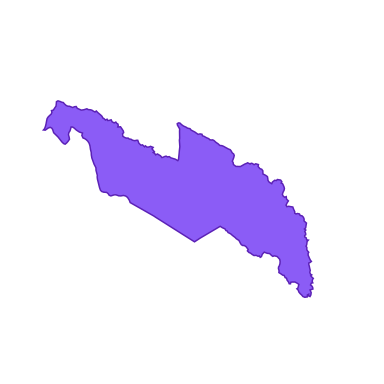 the district of Vila Boa, Goiás, Brazil, rotated 141°
{"feature_id": "56859067B63522642700520", "entity_name": "Vila Boa", "entity_type": "district", "adm_level": 2, "iso_a3": "BRA", "parent_name": "Brazil", "parent_adm1": "Goiás", "projection": "robinson", "projection_center": [-47.073, -14.994], "detail": "fine", "context": "isolated", "style": "filled", "palette": "violet", "viewbox_px": 384, "rotation_deg": 141, "n_neighbors": 0, "source": "geoboundaries", "source_scale": "gbopen_adm2", "svg_char_len": 4800}
<svg xmlns="http://www.w3.org/2000/svg" viewBox="0 0 384 384"><g transform="rotate(141 192 192)"><path d="M246.7,222.7L236.8,197.4L236.1,195.1L232.3,183.9L224.8,161.7L221.4,151.7L214.5,151.0L191.7,147.6L190.9,145.2L189.6,142.6L189.9,140.7L189.2,139.6L189.5,137.8L188.3,135.2L187.9,132.8L187.1,129.5L187.0,127.9L186.0,124.8L186.4,122.8L186.7,121.4L186.8,119.9L186.2,118.4L185.1,117.6L184.4,115.6L184.5,112.0L186.0,111.4L185.8,109.1L185.0,107.7L184.5,105.5L183.8,103.6L182.0,102.4L181.1,100.5L179.9,99.9L180.1,98.3L178.7,98.1L176.5,99.4L173.7,99.8L173.0,98.5L172.1,97.0L170.4,95.3L170.1,92.5L169.7,91.1L168.2,90.6L167.4,89.6L166.4,88.2L166.2,84.5L167.2,82.6L168.8,80.9L170.8,79.6L172.0,79.2L173.1,78.0L173.9,76.0L175.2,74.7L174.5,72.7L173.8,70.2L172.9,69.2L173.5,66.8L172.8,65.6L173.6,63.5L173.6,61.6L174.2,59.5L173.2,58.7L172.1,59.7L170.8,59.0L168.6,57.2L167.7,55.0L167.1,53.0L168.4,52.0L170.1,50.7L171.4,50.8L171.2,48.9L171.9,47.0L171.9,44.9L171.6,42.9L171.6,41.0L170.6,39.2L168.4,37.9L167.1,39.4L165.7,39.1L166.8,37.9L166.1,36.5L164.4,37.2L162.7,38.8L161.9,41.6L159.1,40.5L158.2,42.0L158.0,43.6L158.4,45.2L156.6,46.1L155.3,45.4L154.8,47.0L153.4,48.1L152.1,48.5L152.4,50.5L152.4,52.2L151.1,52.2L151.6,53.7L151.0,55.5L149.4,56.7L148.5,58.7L147.5,60.6L146.8,62.2L146.0,63.3L144.5,62.9L142.9,62.9L142.9,64.5L142.5,66.3L141.5,69.8L140.3,71.3L139.2,71.7L139.3,73.3L139.1,74.9L137.6,76.7L137.5,78.1L136.1,78.8L133.7,81.1L131.9,81.4L133.0,82.7L132.1,84.5L132.7,86.2L131.8,87.3L130.5,87.2L129.6,88.5L129.2,90.4L127.5,90.8L127.9,92.5L126.2,92.6L123.8,94.8L122.6,95.8L122.9,97.5L123.1,99.1L121.9,100.4L121.3,102.3L121.5,104.3L122.7,105.7L122.3,107.3L123.5,108.9L125.0,109.5L125.5,110.9L124.5,112.1L123.9,114.6L123.1,116.9L125.9,120.1L127.5,120.9L127.2,122.6L124.7,123.8L122.7,124.4L123.0,127.0L121.7,129.1L123.3,129.6L123.7,131.6L123.3,133.2L121.8,134.3L119.4,135.4L118.0,136.5L117.3,138.0L116.7,140.1L116.4,141.6L117.1,142.8L115.7,143.5L115.6,145.5L117.8,148.0L119.2,147.8L120.4,149.1L123.2,149.1L124.8,148.3L125.8,150.9L125.7,153.1L124.3,155.3L123.7,156.5L124.3,158.7L125.5,161.3L124.6,162.6L123.6,163.9L123.5,165.8L124.5,167.4L124.6,170.2L123.1,171.5L124.7,173.8L126.6,174.2L127.1,176.1L127.9,177.1L129.2,177.2L130.4,179.7L131.6,179.9L133.4,180.5L138.3,181.3L139.7,182.5L141.8,184.3L142.5,187.3L141.5,189.0L141.3,190.5L138.0,192.4L136.2,193.8L135.7,195.3L136.1,197.1L135.7,199.4L135.7,200.9L136.6,202.4L138.0,205.8L138.8,207.8L139.6,209.2L141.1,210.7L141.4,213.2L142.1,215.3L142.5,218.1L143.1,219.5L144.2,220.2L145.3,221.4L145.4,222.9L146.6,225.1L147.6,227.7L148.5,229.1L147.9,230.6L149.2,232.1L151.0,233.0L152.0,236.7L152.6,238.1L153.7,240.6L153.7,242.5L155.3,244.4L155.8,246.1L157.1,248.6L157.7,250.9L158.0,253.2L159.0,254.2L160.5,254.4L161.2,253.2L161.9,248.8L163.5,247.0L165.7,244.2L167.8,241.5L169.2,240.2L173.0,234.8L175.8,232.1L177.7,230.1L182.0,225.8L183.3,225.3L184.3,228.0L185.8,230.2L186.9,231.8L187.4,233.8L189.0,234.7L189.6,236.2L191.3,236.9L192.6,237.2L193.7,237.7L193.7,240.0L194.3,241.6L194.9,243.3L196.9,243.8L196.7,245.6L197.3,247.0L195.9,246.9L195.9,250.7L194.1,251.1L195.5,253.6L197.2,254.1L198.7,255.2L199.2,257.2L200.4,257.0L200.8,259.8L202.2,260.5L202.6,263.3L201.6,266.3L202.7,267.2L204.1,267.8L205.6,269.6L206.2,271.4L207.4,272.6L207.7,274.1L209.0,275.1L209.8,276.3L210.7,278.8L209.3,281.0L207.8,281.1L207.0,282.6L206.7,285.1L206.5,287.7L207.6,288.4L208.7,289.3L207.4,290.2L206.8,291.4L207.3,292.9L207.2,294.3L209.0,294.7L209.9,296.8L209.4,299.0L211.4,299.8L212.5,300.6L212.2,302.0L214.0,302.4L214.2,304.4L214.7,305.7L214.3,307.5L214.5,309.3L214.9,311.3L215.2,312.9L215.4,315.2L217.0,315.2L217.7,316.7L218.2,318.3L218.9,319.5L220.9,321.5L221.3,322.8L224.3,324.0L226.5,325.3L228.5,329.2L228.2,331.3L229.6,332.2L231.6,332.8L233.2,335.7L234.6,336.9L235.4,338.7L235.7,340.9L235.7,342.5L236.7,343.7L237.5,345.3L238.8,347.2L240.5,347.5L242.3,345.6L243.7,344.3L246.5,343.5L248.1,342.9L250.0,343.7L250.7,342.1L252.5,341.1L253.8,341.1L256.3,340.9L258.3,340.3L260.1,338.9L262.4,336.9L264.5,335.3L266.7,334.0L268.4,333.7L267.1,332.4L263.5,332.2L261.5,331.5L260.8,329.9L261.0,328.2L262.2,325.1L261.5,319.1L261.6,312.6L261.3,310.4L260.5,309.0L258.6,309.0L256.4,309.4L254.0,310.1L252.9,312.1L252.0,314.2L250.3,315.7L248.8,316.1L247.7,316.7L246.3,317.7L245.1,318.6L243.9,317.6L243.3,315.7L242.9,312.9L241.8,309.5L240.0,306.7L242.0,305.3L242.7,302.6L241.8,301.0L241.3,299.4L241.0,297.1L241.3,294.5L242.3,292.0L244.1,289.0L245.4,286.2L246.9,284.2L248.4,281.5L250.6,275.2L251.4,271.3L253.0,269.2L255.1,264.5L256.2,263.4L257.4,261.5L261.1,253.6L262.0,251.1L261.9,249.3L260.8,247.5L258.6,245.4L258.2,243.6L258.4,241.6L257.5,240.0L254.4,238.8L252.9,237.7L251.3,235.1L249.7,233.7L247.5,232.5L246.1,230.7L245.5,228.4L245.9,225.0L246.7,222.7Z" fill="#8b5cf6" stroke="#5b21b6" stroke-width="1.5"/></g></svg>